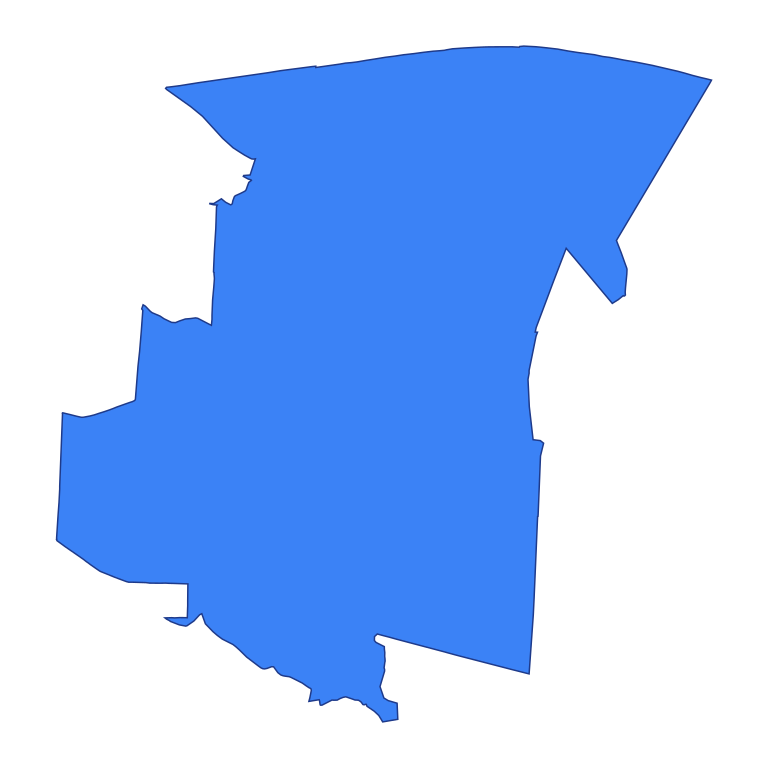 Bestepe, Tulcea, Romania
{"feature_id": "2599482B43256284009930", "entity_name": "Bestepe", "entity_type": "district", "adm_level": 2, "iso_a3": "ROU", "parent_name": "Romania", "parent_adm1": "Tulcea", "projection": "orthographic", "projection_center": [29.01, 45.096], "detail": "fine", "context": "isolated", "style": "filled", "palette": "blue", "viewbox_px": 768, "rotation_deg": 0, "n_neighbors": 0, "source": "geoboundaries", "source_scale": "gbopen_adm2", "svg_char_len": 4369}
<svg xmlns="http://www.w3.org/2000/svg" viewBox="0 0 768 768"><path d="M315.8,66.2L312.0,66.6L280.5,70.7L268.1,72.7L198.6,82.7L178.9,85.8L170.3,86.9L166.5,87.3L165.6,88.4L166.8,89.6L190.8,106.7L202.5,116.3L212.1,126.8L222.6,138.3L233.1,147.8L238.5,151.3L244.7,155.2L250.0,158.1L251.6,158.9L253.4,159.1L255.4,158.8L250.1,175.0L243.7,175.5L243.3,176.4L248.1,179.0L250.9,179.8L251.4,180.3L250.8,180.9L248.8,182.4L247.4,186.1L246.7,188.2L246.1,189.8L245.6,190.5L244.8,191.2L243.5,191.9L241.9,192.7L240.3,193.5L235.6,195.6L235.2,195.8L234.3,196.8L232.8,200.9L232.3,203.6L231.5,204.5L230.6,204.8L225.7,202.3L221.4,198.8L213.7,203.6L209.9,203.4L209.8,203.8L213.2,204.7L217.3,205.1L216.9,205.7L216.5,207.1L215.8,228.3L214.4,251.1L213.7,266.6L213.5,271.9L213.5,272.0L214.1,272.5L214.0,273.2L214.0,273.9L214.3,277.0L214.4,278.8L213.8,286.8L212.6,299.9L212.0,315.2L212.0,319.4L211.4,325.3L210.1,324.7L204.7,321.9L197.8,318.3L195.6,317.9L190.1,318.6L185.3,319.0L179.7,320.9L175.5,322.6L173.5,322.5L171.6,322.4L164.1,318.8L160.1,316.1L152.1,312.7L150.3,311.3L145.3,306.1L143.1,304.8L141.7,308.9L142.8,310.4L141.3,331.1L139.6,351.4L138.0,366.2L135.4,399.1L135.2,399.8L134.5,400.6L132.2,401.7L130.5,402.2L125.6,403.9L122.8,404.9L116.6,407.1L113.2,408.5L109.5,409.9L104.2,411.7L98.8,413.4L94.3,414.9L90.0,416.0L83.6,417.2L82.0,417.3L80.9,417.2L76.9,416.3L69.8,414.5L62.7,412.8L62.3,413.2L62.5,414.1L60.3,471.0L59.7,486.2L59.7,489.1L59.0,502.5L58.1,514.7L56.6,538.0L56.8,539.3L56.5,539.4L57.0,540.7L60.7,543.4L65.2,546.7L70.7,550.5L76.5,554.5L83.5,559.4L86.4,561.7L88.2,562.9L90.4,564.6L96.4,568.8L99.8,571.1L101.0,571.7L105.3,573.4L114.6,577.2L121.8,579.9L126.4,581.6L128.7,582.2L132.4,582.2L138.9,582.4L145.8,582.6L149.7,583.1L159.8,583.2L160.8,583.2L165.7,583.1L168.8,583.3L173.1,583.4L187.9,583.9L187.7,600.6L187.7,606.0L187.6,608.3L187.3,617.7L179.8,617.6L174.7,617.9L171.6,617.7L165.0,617.9L166.5,619.1L169.6,620.7L170.3,621.4L173.7,622.7L179.4,624.9L185.8,626.1L187.1,625.7L193.9,621.0L199.6,614.8L201.8,613.7L202.3,615.2L205.4,623.8L212.9,631.6L217.3,635.4L222.3,639.1L233.0,644.5L235.8,646.7L239.6,650.1L246.7,657.1L258.0,665.7L261.0,667.9L262.8,668.7L264.6,668.9L267.1,668.4L271.6,666.7L273.6,666.8L275.2,669.0L277.9,672.7L280.9,675.0L283.2,675.8L285.4,676.2L289.2,676.7L290.8,677.3L297.2,680.5L302.2,683.0L306.0,685.7L309.0,687.7L310.5,688.4L311.1,689.1L311.3,690.5L309.9,697.6L308.9,701.4L319.2,699.7L319.6,701.1L320.0,704.0L320.2,704.9L320.6,705.2L322.1,705.1L331.9,700.1L334.2,700.2L337.2,700.1L340.2,698.5L343.0,697.4L345.8,696.8L349.9,698.2L353.1,699.3L354.9,700.0L357.1,700.1L358.6,700.3L359.6,700.9L361.1,702.0L362.9,704.5L364.1,704.8L366.0,704.2L366.3,704.4L367.0,706.3L374.1,711.1L378.8,715.5L382.7,721.9L397.8,719.3L397.1,703.2L388.2,700.6L383.9,698.0L380.0,686.6L384.6,671.1L384.6,669.4L384.1,667.8L384.8,662.5L385.1,661.1L385.0,658.9L384.7,656.3L384.8,652.6L384.4,649.2L384.3,646.6L376.0,642.4L374.4,640.5L374.5,636.6L377.3,634.0L383.2,635.6L389.4,637.2L395.8,639.0L405.6,641.6L444.9,652.0L446.6,652.5L455.0,654.8L460.3,656.2L484.7,662.5L485.0,662.6L486.3,662.9L489.3,663.7L507.1,668.3L511.7,669.5L529.1,673.9L533.3,614.7L534.1,598.2L537.6,516.5L538.0,516.4L538.0,515.8L538.1,515.4L540.5,455.8L540.6,455.5L543.6,443.2L541.2,441.3L540.3,440.6L533.1,439.7L532.7,436.3L529.3,406.6L528.0,379.3L528.9,374.4L529.1,373.4L529.1,370.5L536.0,336.4L536.5,334.9L537.5,332.2L537.1,332.2L535.2,332.1L536.2,327.5L538.0,322.7L549.9,291.0L550.7,288.8L553.4,281.6L566.2,248.3L612.3,303.4L618.6,299.4L622.9,295.9L623.4,295.7L624.0,296.1L624.8,295.7L625.4,295.0L625.3,294.0L625.2,292.0L625.5,287.7L626.8,274.2L627.0,269.6L626.8,268.3L625.0,263.4L621.3,253.0L617.4,243.0L616.6,240.8L616.4,240.5L668.2,153.3L684.6,125.6L709.7,83.4L711.0,81.1L711.5,80.1L706.3,78.8L701.1,77.6L692.5,75.4L684.6,73.1L677.5,71.2L672.7,70.1L661.5,67.5L654.6,65.9L653.0,65.5L642.5,63.4L634.7,61.9L629.3,61.0L624.0,60.1L616.9,58.7L609.7,57.4L602.7,56.5L594.4,54.7L586.1,53.6L577.1,52.4L568.1,51.0L557.7,49.1L546.4,47.8L539.8,47.1L535.3,46.7L523.8,46.1L519.7,46.5L519.2,47.2L512.1,46.8L500.6,46.8L488.5,46.9L484.3,47.0L475.2,47.4L464.2,48.0L452.5,48.8L446.6,49.8L444.4,50.3L438.9,50.8L433.2,51.2L422.9,52.4L414.0,53.6L406.1,54.5L404.0,54.7L394.9,56.1L385.3,57.3L373.7,59.2L365.9,60.4L357.2,61.9L351.5,62.6L345.5,63.1L339.8,64.1L315.8,67.5L315.8,66.2Z" fill="#3b82f6" stroke="#1e3a8a" stroke-width="1.5"/></svg>